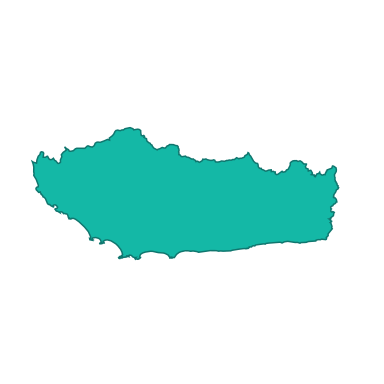 Taolagnaro, Anosy, Madagascar, rotated 66°
{"feature_id": "10022922B85658862424992", "entity_name": "Taolagnaro", "entity_type": "district", "adm_level": 2, "iso_a3": "MDG", "parent_name": "Madagascar", "parent_adm1": "Anosy", "projection": "orthographic", "projection_center": [46.969, -24.588], "detail": "fine", "context": "isolated", "style": "filled", "palette": "teal", "viewbox_px": 384, "rotation_deg": 66, "n_neighbors": 0, "source": "geoboundaries", "source_scale": "gbopen_adm2", "svg_char_len": 6041}
<svg xmlns="http://www.w3.org/2000/svg" viewBox="0 0 384 384"><g transform="rotate(66 192 192)"><path d="M228.5,50.6L226.0,52.1L225.4,53.1L227.1,54.6L226.8,59.6L227.6,60.2L227.7,60.9L228.4,61.3L228.9,62.2L230.3,63.4L229.7,64.2L229.7,65.6L229.3,66.5L227.4,67.6L225.8,67.3L226.6,68.8L226.3,70.6L228.2,73.1L227.7,73.7L227.3,73.2L226.3,73.2L226.0,74.2L225.1,74.5L225.1,75.4L224.7,75.9L224.5,75.0L223.5,74.3L220.6,74.6L220.3,75.1L220.1,77.2L218.1,76.6L216.8,78.1L215.0,78.1L213.3,76.2L213.0,76.1L211.8,78.5L209.0,79.5L207.5,80.6L207.2,82.8L205.9,83.7L204.9,86.1L204.6,87.5L205.1,90.0L205.7,90.6L207.4,91.3L210.4,94.9L210.3,96.7L211.4,98.3L211.0,100.8L209.9,101.0L209.7,101.4L210.8,106.4L210.4,107.8L209.0,108.5L207.6,107.8L207.2,108.6L206.2,109.3L205.6,111.3L204.0,110.6L203.2,113.0L203.1,115.6L202.8,116.4L200.9,117.8L199.5,119.3L198.6,119.1L197.8,120.7L195.8,121.2L194.2,120.6L192.6,120.5L191.4,122.2L189.1,123.2L183.1,123.8L181.6,124.4L179.6,124.3L178.8,124.8L180.2,126.3L180.3,128.8L181.4,129.9L181.4,133.0L180.7,134.4L180.7,135.6L178.8,137.3L179.6,140.2L178.9,141.4L178.9,143.3L177.9,145.0L177.8,146.5L177.3,147.3L177.2,149.8L175.7,152.4L175.6,154.6L175.1,156.4L174.0,158.3L172.2,158.3L171.4,159.2L171.3,160.7L170.4,162.7L168.6,165.0L167.5,165.8L167.0,168.2L166.4,168.6L167.6,170.2L167.9,173.3L166.2,174.3L165.8,176.1L164.7,175.9L163.2,177.1L162.4,177.3L161.8,178.9L159.0,181.0L157.8,182.9L156.6,183.3L155.7,186.7L155.1,187.4L153.2,187.9L152.5,188.8L151.1,188.0L149.8,187.9L149.1,187.1L147.4,186.5L146.1,186.7L144.8,186.2L143.6,186.7L143.0,187.9L141.1,189.8L139.5,193.2L140.0,194.8L139.8,196.0L141.0,198.4L140.4,199.7L139.2,201.1L139.4,204.1L139.1,205.6L139.4,206.5L139.1,206.9L136.4,209.0L134.0,209.6L132.8,209.5L131.9,210.3L130.5,210.4L129.3,211.5L126.9,212.5L124.8,211.9L122.6,213.7L121.8,212.7L120.7,213.1L120.7,214.2L119.8,215.3L117.9,215.0L114.9,213.9L113.3,214.9L112.5,216.1L111.5,220.0L110.2,220.2L108.0,222.4L106.9,227.5L107.4,229.3L106.8,230.8L106.8,232.5L106.0,233.9L105.3,234.5L104.9,236.4L105.4,237.7L107.4,240.1L108.3,242.2L109.1,245.6L111.1,246.2L109.6,247.8L109.6,251.4L109.3,255.7L108.1,257.7L107.8,259.0L108.1,260.6L109.9,262.5L110.4,264.8L109.2,266.6L107.7,268.0L107.4,268.9L108.5,272.1L105.2,279.4L105.1,281.0L106.0,283.6L105.5,286.3L104.7,287.5L103.1,287.6L101.3,289.0L98.9,290.0L102.6,289.7L103.4,293.6L104.8,296.2L106.9,296.6L109.1,299.1L111.4,300.1L111.7,301.7L111.5,302.7L111.0,303.0L108.1,303.8L107.3,304.6L104.8,304.9L105.3,306.8L104.8,308.4L103.5,309.2L100.6,309.4L100.4,310.1L100.7,311.8L99.7,313.8L96.2,311.7L95.0,311.9L94.1,313.0L94.1,314.2L96.0,315.8L96.8,317.9L99.5,320.5L102.4,322.3L100.3,324.8L99.2,325.5L101.7,325.7L104.9,326.4L109.4,328.5L110.5,328.6L112.5,329.8L117.3,329.2L123.3,329.6L124.7,330.4L124.5,331.8L125.1,333.0L126.5,333.4L130.0,332.2L130.3,330.6L131.0,330.9L132.2,330.5L132.5,330.8L134.6,329.9L135.8,330.1L136.6,329.3L138.3,328.6L144.0,328.7L145.1,328.0L145.8,327.2L145.7,327.0L147.1,326.5L149.3,324.8L149.2,324.4L148.0,324.5L147.7,324.0L148.0,322.4L149.0,321.4L151.2,320.9L151.9,321.7L151.8,323.7L152.4,323.8L152.3,324.1L154.2,323.7L155.2,322.4L157.1,321.1L156.7,321.1L156.5,320.7L157.0,319.3L158.2,318.4L159.5,318.2L159.9,316.9L160.7,316.2L161.0,315.3L162.6,314.9L165.1,315.3L165.8,314.7L166.1,315.3L166.5,315.3L167.1,313.8L167.4,313.7L167.4,312.6L167.2,312.5L168.1,310.7L169.8,309.3L173.3,307.3L180.3,304.4L186.1,302.8L191.6,302.8L192.7,303.2L193.1,303.7L192.6,304.4L194.1,304.7L195.7,302.5L195.3,302.5L195.4,301.9L194.4,302.5L193.6,301.2L194.4,298.5L196.2,296.3L197.3,295.5L198.6,295.1L200.8,295.3L200.9,295.7L201.6,296.1L201.2,296.9L201.6,297.3L201.9,297.2L202.5,295.5L202.1,295.0L202.6,294.5L202.4,293.9L202.8,293.1L202.4,292.9L201.8,293.5L201.5,293.4L201.8,293.2L201.4,293.2L200.8,292.5L200.7,290.8L201.3,288.8L203.7,285.8L208.3,282.7L211.0,281.6L215.3,280.5L218.4,280.4L220.4,280.8L221.1,280.9L221.4,282.0L222.0,281.9L221.5,284.3L222.0,285.4L222.3,285.0L222.5,285.7L222.9,285.7L223.2,285.3L222.8,285.2L223.0,284.3L222.6,283.7L223.4,283.9L223.9,282.3L223.7,281.9L223.3,282.2L223.0,282.0L223.9,281.1L224.2,279.8L223.5,279.5L224.2,279.5L224.6,279.0L224.7,277.7L224.1,277.6L225.2,276.2L224.7,276.3L225.1,275.8L224.8,275.3L224.3,275.4L224.3,274.4L225.4,273.1L227.1,272.6L228.7,271.0L229.0,270.0L229.3,271.0L229.8,270.8L229.9,271.1L230.4,271.0L230.2,270.5L231.4,268.9L231.6,267.7L231.1,267.2L231.2,266.0L230.8,265.6L230.3,266.1L229.6,266.0L228.5,265.0L228.0,264.2L227.6,261.9L227.9,259.0L229.3,253.9L230.2,252.1L233.6,247.5L236.1,242.9L237.4,241.4L239.8,239.5L242.7,238.9L243.3,239.1L243.5,238.6L242.8,238.3L243.2,237.0L243.9,236.9L243.9,237.5L244.2,237.3L244.3,236.4L244.0,236.1L244.7,234.8L242.7,231.5L242.0,228.6L242.0,226.5L242.9,222.1L244.2,219.3L245.6,217.3L246.3,215.0L248.4,211.8L249.7,210.5L252.9,199.3L255.5,193.6L256.9,191.7L257.4,190.0L258.7,187.6L261.5,180.5L261.6,178.8L263.3,172.4L264.6,168.1L265.3,166.3L265.9,165.8L265.7,164.5L266.2,164.3L266.4,163.5L265.9,162.1L265.5,162.0L266.4,159.9L266.0,159.3L265.9,158.1L266.8,156.5L266.4,155.9L266.4,154.9L268.5,147.7L269.4,146.2L269.1,145.3L269.8,142.9L273.6,132.2L274.8,130.6L275.2,130.5L275.1,127.8L276.0,124.6L280.1,118.2L280.9,116.2L282.7,114.1L282.5,113.1L284.4,108.3L284.6,105.8L287.1,98.8L286.5,98.3L286.8,96.2L287.8,94.1L287.8,92.8L289.9,89.2L289.8,88.5L288.7,87.7L288.2,87.8L287.3,85.4L285.6,84.7L282.6,78.8L281.6,79.0L280.3,78.1L277.1,77.8L276.2,78.2L276.2,77.5L275.7,77.3L275.8,76.5L275.5,76.3L274.9,76.8L274.0,76.9L273.7,77.3L273.2,77.1L272.4,77.7L272.8,76.0L272.0,76.0L271.2,72.5L269.2,71.2L268.5,70.3L267.2,71.3L267.4,71.8L267.0,72.6L266.4,73.0L264.6,72.4L264.2,71.5L263.4,71.9L262.1,71.4L261.7,69.9L261.9,69.2L260.7,67.4L260.9,66.5L260.4,65.1L259.8,64.6L260.0,63.7L257.5,63.2L255.7,63.6L254.9,64.7L254.1,64.9L253.5,64.0L252.4,63.9L250.4,60.7L248.8,59.2L248.6,57.5L247.7,56.3L247.0,56.7L246.5,56.6L245.9,56.0L244.7,56.6L243.0,56.1L242.3,56.5L241.2,56.3L240.5,56.7L239.6,56.3L238.6,56.4L237.2,55.5L236.1,55.5L234.1,54.8L232.0,52.0L230.5,51.1L228.5,50.6Z" fill="#14b8a6" stroke="#0f766e" stroke-width="1.5"/></g></svg>